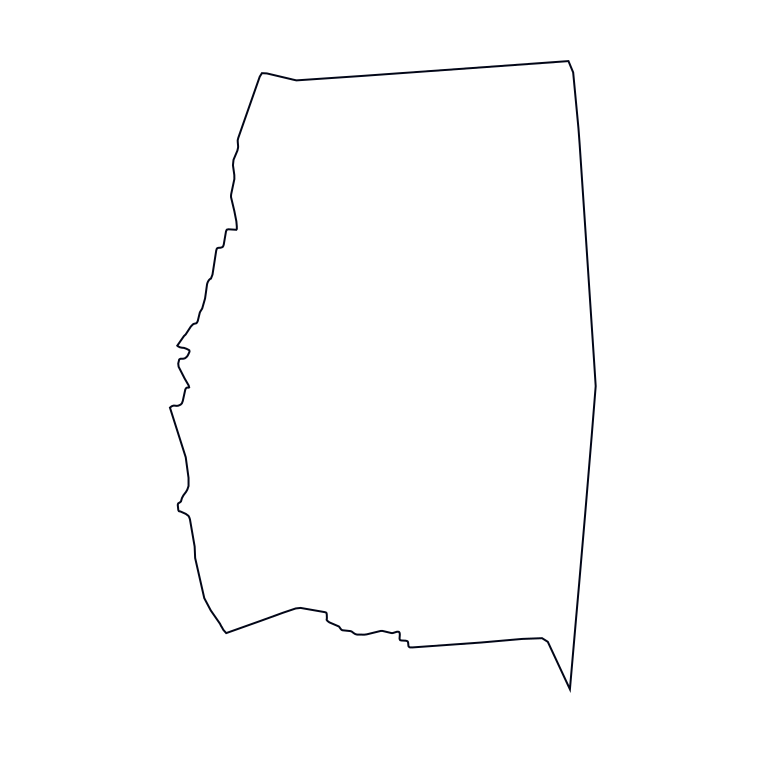 outline of Santiago del Estero, rotated 355°
{"feature_id": "ARG-1304", "entity_name": "Santiago del Estero", "entity_type": "Province", "adm_level": 1, "iso_a3": "ARG", "parent_name": "Argentina", "parent_adm1": "", "projection": "orthographic", "projection_center": [-64.331, -27.868], "detail": "fine", "context": "isolated", "style": "outline", "palette": "ink", "viewbox_px": 768, "rotation_deg": 355, "n_neighbors": 0, "source": "natural_earth", "source_scale": "10m", "svg_char_len": 2592}
<svg xmlns="http://www.w3.org/2000/svg" viewBox="0 0 768 768"><g transform="rotate(355 384 384)"><path d="M389.2,75.2L595.9,78.4L599.6,90.1L600.0,146.2L599.8,162.0L598.3,236.4L595.3,378.3L594.7,404.6L586.3,454.3L572.9,532.0L561.1,599.4L554.6,636.0L542.6,704.3L524.7,655.1L519.3,651.0L499.5,650.0L458.3,650.0L389.2,648.9L386.7,648.6L386.3,648.3L385.6,647.5L385.5,646.6L385.5,644.1L385.4,643.3L385.2,642.6L384.4,642.0L383.1,641.6L378.9,641.0L377.8,640.6L377.4,639.7L377.3,638.9L377.9,635.2L377.9,634.4L377.9,633.6L377.7,632.9L377.3,632.3L376.5,632.0L375.4,631.9L370.9,632.9L369.8,632.8L361.1,629.9L359.3,629.7L345.0,631.9L342.7,632.0L335.5,631.3L334.5,631.0L333.4,630.5L332.1,629.5L330.7,628.2L330.1,627.7L328.9,627.2L321.2,625.7L320.3,625.2L319.5,624.2L318.3,622.1L317.9,621.6L308.8,616.7L307.1,615.2L306.3,613.9L306.7,612.3L306.9,608.8L306.8,607.3L306.3,606.6L305.1,606.1L281.4,599.8L276.5,599.9L263.3,603.1L240.5,609.2L205.1,618.4L202.5,614.9L201.2,611.9L200.8,611.3L199.7,608.5L191.7,594.5L186.3,581.7L180.7,540.9L181.2,529.4L178.9,502.0L178.4,499.9L178.1,499.2L177.7,498.3L175.2,496.1L170.0,493.2L169.0,493.0L168.6,492.8L168.3,492.2L168.1,491.5L168.0,486.6L168.2,485.8L168.6,485.0L170.6,484.0L171.5,483.3L172.8,480.0L174.5,477.4L177.4,474.2L178.9,472.0L180.4,468.6L181.1,460.5L180.1,439.7L168.7,388.9L170.5,387.7L171.9,387.3L172.6,387.2L173.5,387.3L175.5,387.7L176.9,387.7L178.3,387.3L179.6,386.8L180.6,386.0L181.0,385.6L182.1,383.3L185.6,372.1L186.5,370.9L187.5,370.4L189.0,370.6L189.4,370.5L189.6,370.4L189.3,368.5L185.9,361.2L180.9,348.9L180.8,345.7L182.1,341.8L182.7,341.4L183.6,341.1L186.2,341.3L187.0,341.2L187.7,341.1L188.3,340.8L188.8,340.5L190.0,339.6L190.5,339.1L191.3,338.0L192.8,335.4L193.1,334.7L193.1,334.4L193.0,333.5L192.7,333.2L190.3,331.7L187.9,330.6L185.7,330.2L183.8,329.6L181.8,328.3L181.4,327.8L188.9,318.8L190.7,317.4L196.5,310.0L198.2,308.5L199.4,307.6L202.4,307.1L203.2,306.3L204.0,304.9L206.7,296.9L207.2,296.0L209.5,292.9L213.2,283.2L214.6,277.2L216.4,269.3L216.8,268.2L217.5,266.8L218.6,265.3L219.4,264.6L220.1,264.1L220.8,263.9L222.7,260.0L226.9,242.9L228.5,236.4L229.3,234.5L230.3,234.0L231.2,233.9L233.0,234.0L234.4,233.7L235.1,233.5L235.8,232.7L236.5,231.2L239.9,218.2L240.8,216.6L242.4,216.3L250.3,217.5L250.9,216.7L251.1,214.2L251.1,209.1L250.0,198.8L247.9,184.5L248.0,183.2L248.3,181.6L252.8,166.8L253.1,162.8L252.6,152.9L253.5,148.2L253.7,147.4L258.3,138.7L259.2,135.9L259.4,134.6L259.4,130.2L259.5,128.4L260.3,126.1L287.0,67.0L289.5,63.7L294.4,64.4L318.6,72.4L318.8,72.5L323.2,73.9L389.2,75.2Z" fill="none" stroke="#020617" stroke-width="2"/></g></svg>